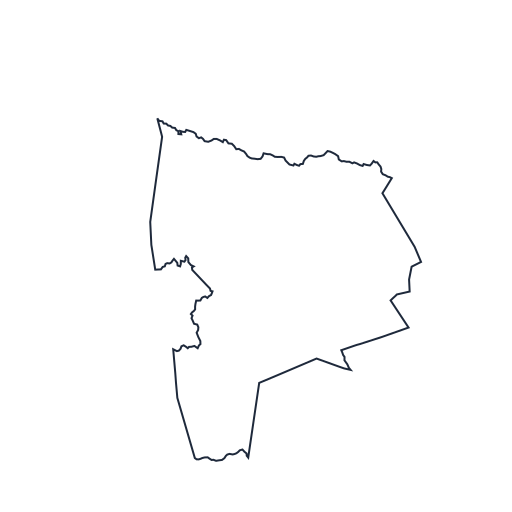 outline of Piripiri, Piauí, Brazil, rotated 149°
{"feature_id": "56859067B46900586420269", "entity_name": "Piripiri", "entity_type": "district", "adm_level": 2, "iso_a3": "BRA", "parent_name": "Brazil", "parent_adm1": "Piauí", "projection": "equal_earth", "projection_center": [-41.76, -4.358], "detail": "fine", "context": "isolated", "style": "outline", "palette": "slate", "viewbox_px": 512, "rotation_deg": 149, "n_neighbors": 0, "source": "geoboundaries", "source_scale": "gbopen_adm2", "svg_char_len": 3104}
<svg xmlns="http://www.w3.org/2000/svg" viewBox="0 0 512 512"><g transform="rotate(149 256 256)"><path d="M115.3,187.6L115.3,241.6L115.3,244.7L112.1,246.3L99.5,252.8L100.7,254.7L102.2,256.1L103.4,258.5L105.2,260.8L105.3,263.9L103.8,266.0L103.2,268.5L103.7,271.5L103.8,273.8L105.5,274.8L106.3,276.9L109.5,275.5L111.7,274.9L114.2,277.0L116.4,279.4L118.2,278.3L120.2,280.5L121.8,283.3L123.7,285.7L125.6,285.8L127.5,288.8L129.8,290.1L131.8,292.1L133.8,293.0L135.3,296.1L134.2,299.3L135.7,302.7L137.0,304.8L138.6,307.2L140.6,309.1L143.5,308.3L146.1,307.6L149.2,308.4L151.2,309.4L153.2,310.0L155.3,311.6L157.1,313.8L159.4,314.9L161.4,314.2L163.7,313.9L166.0,312.9L168.4,310.8L170.6,311.9L172.6,311.2L174.1,312.9L175.6,315.3L177.3,314.3L180.2,317.2L181.5,322.6L181.2,325.9L183.2,327.9L186.4,329.7L188.8,331.4L189.8,333.5L191.4,335.9L193.7,337.4L196.6,340.1L199.1,338.0L202.0,336.9L204.8,338.2L207.2,340.2L209.4,341.8L210.8,343.6L211.9,346.1L211.9,348.4L212.4,351.7L214.2,354.2L215.5,356.6L217.9,357.7L218.1,361.5L218.9,364.7L221.6,366.7L221.9,370.7L223.6,372.2L225.8,370.7L227.3,373.6L229.4,376.6L231.9,378.1L234.6,377.9L238.1,378.5L240.9,380.9L241.1,383.7L241.9,385.9L244.3,386.4L245.4,389.1L244.7,391.8L245.8,394.4L248.8,397.8L250.8,400.0L252.8,398.8L254.6,400.0L256.4,402.0L257.4,398.8L259.7,400.5L258.2,403.0L259.5,404.8L259.5,407.5L261.7,409.2L262.4,411.6L264.2,413.2L264.7,415.6L266.9,417.1L266.8,419.6L269.4,421.7L269.7,424.8L274.0,410.1L275.1,406.5L302.3,372.9L329.1,339.7L340.0,319.4L341.2,316.4L349.4,296.2L344.4,293.5L341.6,294.7L339.5,294.1L337.6,295.8L335.8,295.6L333.9,294.1L331.8,294.1L330.0,295.0L327.8,295.8L327.0,290.7L328.1,288.2L326.4,286.2L324.5,288.0L322.9,290.6L320.3,288.0L318.5,288.8L317.5,291.0L315.9,291.9L315.3,288.9L317.1,285.6L316.5,281.8L314.8,279.2L316.8,279.2L317.8,276.9L313.4,256.9L312.2,251.8L312.9,249.5L311.5,248.1L313.1,246.8L314.6,245.7L317.0,245.8L319.3,245.1L320.4,247.5L322.3,248.0L324.0,248.0L326.6,246.5L328.3,247.4L330.2,248.6L332.5,246.2L334.2,244.1L335.7,241.6L337.5,240.9L339.8,240.6L341.7,239.8L341.1,237.6L343.3,235.9L343.5,233.6L344.0,229.8L341.7,227.5L342.1,224.6L343.7,222.4L346.4,220.8L347.2,216.1L347.5,211.8L349.0,209.1L351.0,208.7L353.5,207.0L355.1,210.6L358.2,211.5L360.2,212.6L362.0,212.1L362.7,214.1L364.0,216.7L366.4,217.0L368.5,215.3L370.9,214.6L372.8,215.2L375.0,218.7L383.8,200.7L385.6,197.0L389.8,188.7L396.5,174.9L412.5,114.3L411.6,112.3L409.9,111.2L407.9,110.7L406.1,110.5L403.8,109.8L401.1,108.3L400.2,106.2L399.1,104.0L397.5,103.3L395.7,101.0L392.9,99.9L390.2,98.7L387.2,99.0L384.8,100.2L382.9,100.6L380.6,100.0L378.2,97.9L376.3,97.3L374.5,97.0L372.2,97.2L370.0,97.8L367.3,97.1L366.7,94.1L365.8,91.6L366.8,89.6L366.5,87.2L318.6,145.6L300.0,142.9L290.0,141.5L256.9,136.9L241.4,117.9L239.9,116.1L238.4,114.3L233.6,109.7L234.0,112.3L233.5,116.1L233.9,121.0L232.1,123.9L232.3,126.3L231.7,129.0L231.4,131.3L217.7,128.4L215.1,127.8L212.3,127.0L189.5,121.7L162.1,116.1L163.5,148.6L160.0,149.4L156.9,150.0L155.1,150.5L142.6,146.4L136.9,157.0L128.1,166.7L117.6,165.9L115.3,182.1L115.3,187.6Z" fill="none" stroke="#1e293b" stroke-width="2"/></g></svg>